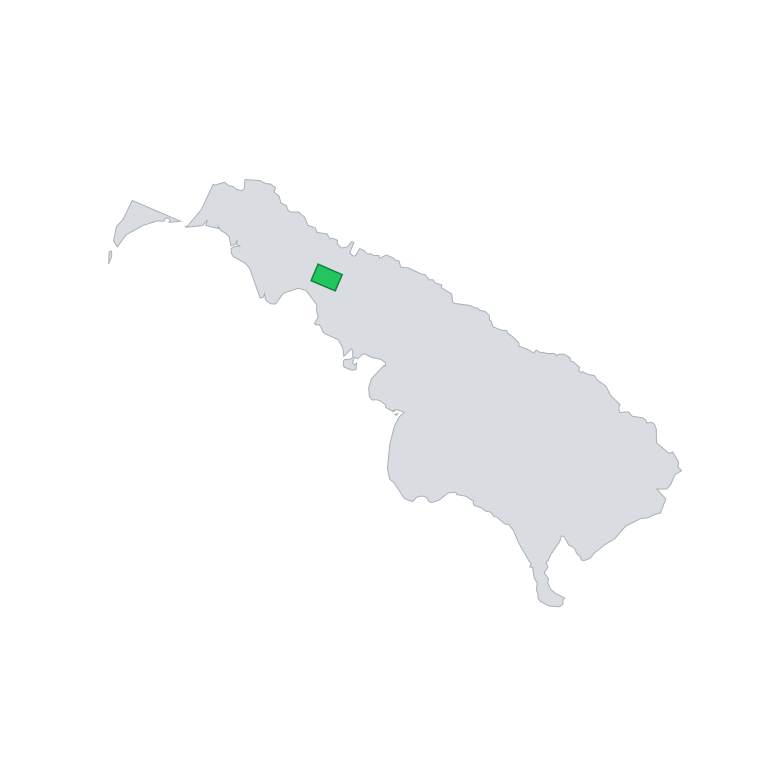 location of Sarmiento, Chubut, Argentina, rotated 113°
{"feature_id": "61730980B44143601291146", "entity_name": "Sarmiento", "entity_type": "district", "adm_level": 2, "iso_a3": "ARG", "parent_name": "Argentina", "parent_adm1": "Chubut", "projection": "mercator", "projection_center": [-68.999, -45.341], "detail": "fine", "context": "in_parent", "style": "filled", "palette": "green", "viewbox_px": 768, "rotation_deg": 113, "n_neighbors": 0, "source": "geoboundaries", "source_scale": "gbopen_adm2", "svg_char_len": 3966}
<svg xmlns="http://www.w3.org/2000/svg" viewBox="0 0 768 768"><g transform="rotate(113 384 384)"><path d="M468.4,207.4L464.7,213.9L465.6,218.3L462.2,228.8L463.1,230.8L460.3,235.8L461.3,241.2L459.9,246.5L460.5,253.1L459.4,255.1L457.0,255.6L455.3,264.9L457.4,273.9L455.6,275.6L459.0,282.2L469.3,287.9L474.6,293.9L474.8,296.3L472.0,300.0L471.7,303.1L473.3,307.4L475.9,310.0L481.0,311.6L481.6,317.7L480.8,321.6L471.4,335.5L469.3,341.6L460.4,347.8L437.3,355.1L419.2,357.9L408.9,357.3L402.1,354.4L402.6,362.4L406.0,364.8L404.3,364.9L405.7,366.3L404.9,373.0L402.8,374.3L401.1,379.8L401.3,384.6L403.3,388.6L401.2,392.6L393.3,396.7L384.0,397.6L366.7,391.2L367.4,390.1L366.5,389.7L363.7,391.0L362.5,396.6L364.4,405.2L363.8,412.8L364.8,415.3L371.1,418.2L370.7,421.3L372.8,421.6L377.3,420.9L377.8,418.4L375.5,417.5L381.6,415.5L383.9,418.7L384.1,426.6L383.0,428.7L378.2,430.2L376.9,429.8L374.1,424.3L371.8,423.1L365.1,426.0L364.3,427.8L374.2,431.8L366.9,436.1L361.1,443.5L360.9,457.3L359.6,461.1L355.6,464.8L354.9,467.4L356.2,469.0L355.7,471.6L347.9,470.8L342.4,475.1L337.4,476.6L328.2,492.6L329.5,500.5L339.7,512.0L352.7,515.1L354.3,519.0L353.8,523.7L352.2,526.5L347.5,529.1L351.5,529.1L353.3,531.5L330.0,552.9L327.0,559.2L325.6,572.4L323.7,575.2L318.9,577.8L315.7,575.0L313.2,570.1L313.2,574.1L308.8,575.6L314.1,575.7L316.6,579.0L309.3,583.9L307.2,588.3L306.3,594.6L303.5,598.2L305.7,597.4L307.7,609.9L302.0,610.7L309.0,612.8L317.0,627.2L316.3,628.3L316.1,626.8L295.0,620.3L266.8,619.3L267.0,617.4L260.6,609.7L262.1,604.3L261.1,599.7L262.5,595.6L261.6,590.5L259.2,588.9L250.2,591.8L245.3,578.2L245.7,571.0L244.2,566.4L245.8,560.6L250.4,560.3L251.9,554.2L257.7,549.5L257.8,543.6L261.4,540.4L262.3,537.5L259.1,530.1L261.5,522.1L267.7,516.1L267.2,508.4L270.6,504.8L268.1,494.8L271.5,490.6L269.9,488.3L269.9,483.0L273.3,481.7L275.4,476.1L272.0,471.1L265.8,469.6L265.5,467.0L276.7,466.8L278.2,462.8L277.4,460.4L268.9,459.3L269.0,453.9L270.9,450.4L269.3,447.0L269.9,443.8L267.7,439.1L269.9,437.0L264.3,432.2L264.4,424.3L265.6,422.4L264.9,418.2L269.9,414.3L267.6,406.8L268.2,392.7L267.3,388.9L270.5,383.2L268.9,379.4L271.1,376.6L270.3,369.5L272.8,368.9L274.8,356.8L281.1,353.3L282.4,350.9L278.1,335.8L278.5,330.2L277.6,327.6L278.7,324.4L277.7,319.6L279.6,314.0L283.9,311.7L284.3,309.8L288.8,305.9L288.6,296.6L286.7,291.9L288.9,290.1L290.4,283.1L293.7,275.7L296.5,274.4L295.9,266.0L297.0,258.5L293.3,257.1L294.1,251.8L292.8,250.5L292.1,244.9L289.6,240.0L289.5,237.8L290.9,236.4L288.1,234.5L286.2,230.0L286.7,225.8L287.2,223.1L290.1,221.0L289.6,219.0L292.1,210.6L295.1,210.2L296.6,207.2L295.0,205.6L295.5,200.6L294.1,193.4L296.9,189.9L299.3,178.8L306.0,171.0L310.7,158.8L314.2,158.6L318.1,156.0L314.2,148.1L316.7,143.1L314.1,132.7L314.9,128.8L317.1,126.6L314.6,122.6L315.4,119.4L319.0,115.8L331.6,110.2L336.5,94.4L333.8,91.7L340.6,82.5L345.5,80.9L347.5,76.2L353.8,80.7L364.8,80.9L370.2,82.7L374.1,91.8L379.8,79.6L394.9,79.2L398.0,83.6L403.8,88.5L407.8,95.3L420.4,106.0L436.4,111.2L446.3,118.4L457.8,124.5L463.5,125.9L467.9,130.2L469.0,133.4L466.4,136.0L464.5,140.8L461.4,143.5L460.1,146.7L460.3,150.6L454.3,158.5L454.5,161.4L460.6,160.7L475.4,163.8L482.6,163.8L484.9,165.1L488.7,161.5L495.0,162.9L499.1,156.5L503.2,155.3L507.5,150.9L509.6,145.5L510.5,134.1L512.9,134.9L516.9,133.3L520.6,135.5L523.8,145.2L523.1,154.6L521.4,158.3L516.9,160.4L514.5,163.1L507.5,165.1L503.6,170.1L494.9,175.5L495.4,178.3L492.6,178.1L477.8,197.8L468.4,207.4ZM313.4,687.4L313.7,635.1L319.2,645.1L316.5,644.5L315.7,649.3L320.3,650.4L322.4,656.5L332.4,668.0L347.3,679.6L362.1,683.1L358.0,688.9L343.4,691.8L334.8,688.6L313.4,687.4ZM368.1,686.8L372.5,684.6L381.3,684.3L369.7,688.6L368.1,686.8ZM408.1,360.4L407.9,362.1L405.5,359.5L408.1,360.4Z" fill="#d9dde1" stroke="#a8b0b8" stroke-width="1"/><path d="M299.7,465.2L299.6,477.1L299.5,481.8L299.4,491.5L308.7,491.5L317.4,491.5L317.4,481.4L317.4,480.4L317.3,465.3L309.7,465.3L307.5,465.3L299.7,465.2Z" fill="#22c55e" stroke="#15803d" stroke-width="1.5"/></g></svg>